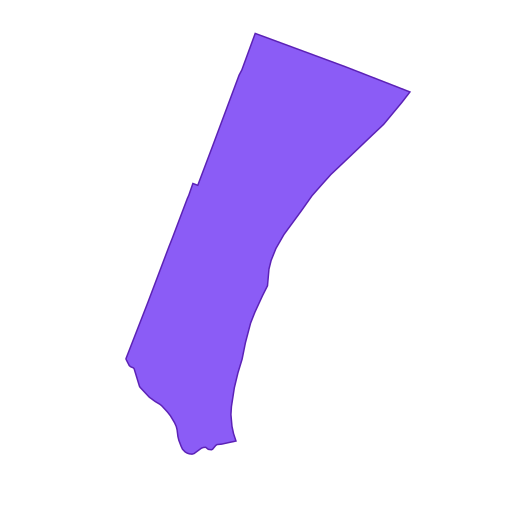 outline of Cameron, Louisiana, United States of America, rotated 291°
{"feature_id": "52423323B69509517878544", "entity_name": "Cameron", "entity_type": "district", "adm_level": 2, "iso_a3": "USA", "parent_name": "United States of America", "parent_adm1": "Louisiana", "projection": "albers", "projection_center": [-93.515, 29.819], "detail": "fine", "context": "isolated", "style": "filled", "palette": "violet", "viewbox_px": 512, "rotation_deg": 291, "n_neighbors": 0, "source": "geoboundaries", "source_scale": "gbopen_adm2", "svg_char_len": 1037}
<svg xmlns="http://www.w3.org/2000/svg" viewBox="0 0 512 512"><g transform="rotate(291 256 256)"><path d="M424.6,176.1L418.9,175.4L343.0,176.1L301.1,176.3L301.1,171.1L288.5,171.5L285.1,171.3L242.8,171.5L233.6,171.4L173.8,171.7L113.6,171.4L112.9,171.8L108.3,176.9L107.7,178.6L107.6,181.7L107.1,182.6L92.6,193.9L91.8,194.9L85.9,207.1L84.0,214.2L83.1,219.5L82.4,221.6L78.7,229.1L76.2,233.3L71.1,239.8L70.8,240.1L68.2,242.7L65.3,244.7L59.5,247.8L56.3,250.0L51.4,254.4L49.3,256.6L47.7,260.0L47.3,262.4L47.4,264.6L48.1,267.3L49.4,269.0L57.0,273.9L58.4,275.5L59.4,277.6L58.4,280.7L59.1,283.8L60.0,284.7L64.7,286.3L66.0,287.2L68.1,291.4L76.1,303.6L82.1,298.7L88.4,294.6L99.0,289.4L106.7,287.0L125.2,283.0L140.5,281.0L154.7,280.0L171.3,277.2L191.4,275.0L202.9,275.1L221.4,276.3L232.3,277.4L248.4,272.8L257.3,271.7L270.2,271.9L286.1,274.4L314.3,282.1L332.4,286.7L344.5,291.2L359.0,296.7L380.5,307.0L410.3,321.1L424.7,328.0L452.2,337.3L464.3,340.9L464.7,272.1L463.5,175.5L424.6,176.1Z" fill="#8b5cf6" stroke="#5b21b6" stroke-width="1.5"/></g></svg>